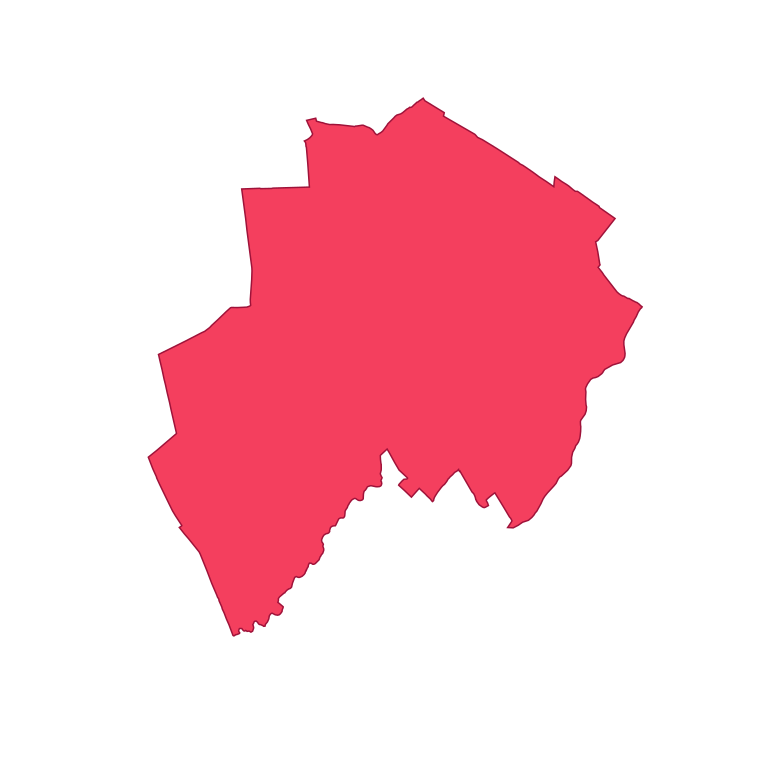 Ratesti, Arges, Romania, rotated 107°
{"feature_id": "2599482B71103807333255", "entity_name": "Ratesti", "entity_type": "district", "adm_level": 2, "iso_a3": "ROU", "parent_name": "Romania", "parent_adm1": "Arges", "projection": "equal_earth", "projection_center": [25.172, 44.71], "detail": "fine", "context": "isolated", "style": "filled", "palette": "rose", "viewbox_px": 768, "rotation_deg": 107, "n_neighbors": 0, "source": "geoboundaries", "source_scale": "gbopen_adm2", "svg_char_len": 6146}
<svg xmlns="http://www.w3.org/2000/svg" viewBox="0 0 768 768"><g transform="rotate(107 384 384)"><path d="M421.7,608.3L422.8,607.6L426.7,605.4L435.2,600.4L443.7,595.7L448.7,592.7L455.5,588.9L464.5,583.6L470.5,580.3L491.9,568.0L492.4,568.2L513.8,581.8L522.9,588.0L532.8,580.2L539.7,574.1L540.1,574.1L545.6,569.2L560.6,555.3L567.1,549.2L570.9,545.0L578.4,536.0L578.8,536.0L579.5,536.5L581.0,537.8L585.8,530.9L589.0,525.8L598.6,511.7L600.4,510.0L614.5,498.6L625.2,490.3L635.0,482.0L636.4,481.0L637.9,479.2L639.6,478.3L644.7,473.9L646.4,472.9L649.6,470.0L654.9,465.9L659.5,461.9L668.1,455.3L668.6,454.9L668.8,454.0L668.7,453.8L668.0,453.1L667.7,453.0L666.9,452.3L666.8,451.7L666.6,451.4L666.1,450.9L665.6,450.1L664.8,449.3L664.5,449.2L663.8,449.4L663.3,450.4L662.7,450.8L660.7,450.9L660.0,450.5L659.7,449.7L659.7,449.2L659.4,448.5L660.7,446.8L661.1,445.7L660.8,444.7L660.2,444.4L660.1,443.9L660.6,442.6L660.4,442.2L659.9,441.2L659.8,440.4L660.2,438.7L658.8,437.4L655.7,437.3L655.1,437.4L653.5,438.3L652.5,439.1L651.5,438.8L649.5,438.7L648.5,438.0L648.1,436.8L648.9,435.2L650.0,433.9L650.4,432.9L650.2,431.3L650.6,428.8L650.9,428.3L650.4,427.0L648.5,427.1L645.6,425.9L642.4,425.5L639.3,425.9L637.2,425.3L636.2,424.5L635.9,423.8L636.5,420.6L636.2,418.2L635.4,416.8L634.4,416.1L632.8,415.4L631.4,415.0L629.7,415.3L627.4,415.1L626.5,415.3L624.2,420.6L623.9,421.6L621.7,421.7L620.4,422.2L619.9,422.2L618.2,421.7L614.0,419.0L613.3,418.6L612.7,417.8L611.5,417.5L609.5,416.5L607.7,415.1L607.4,414.4L606.5,413.6L605.2,413.0L601.2,413.3L595.1,412.9L593.8,411.7L594.0,409.7L593.8,408.6L593.0,407.4L591.7,406.0L589.5,404.7L588.0,404.2L586.5,404.2L584.9,404.0L585.0,403.8L582.6,403.6L580.9,403.1L579.1,403.4L577.1,403.0L576.7,401.3L577.2,399.4L576.9,398.4L575.8,397.2L571.1,394.7L568.2,394.6L567.2,394.2L565.8,394.0L563.8,393.1L560.8,393.0L559.3,393.4L556.9,395.1L555.1,395.1L554.2,395.9L553.2,397.2L551.7,398.0L550.6,398.1L548.2,397.9L546.1,397.3L544.5,396.0L544.0,395.4L543.6,394.6L543.1,393.9L542.4,393.3L541.0,392.8L540.0,393.2L537.0,393.2L536.2,392.8L535.1,391.9L534.3,390.5L533.8,389.1L533.2,388.9L526.4,387.9L525.9,387.6L524.7,386.3L524.1,384.0L523.7,383.5L523.0,383.2L522.2,383.0L521.6,383.0L518.6,383.6L517.3,384.0L515.5,383.8L513.1,383.0L510.5,382.9L509.6,382.5L508.0,382.3L505.0,381.2L504.0,380.7L502.5,379.3L501.9,378.4L501.9,377.4L502.6,375.1L502.7,374.2L502.6,373.4L502.3,372.4L501.4,371.1L500.9,370.7L499.9,370.3L495.2,371.5L492.8,371.7L491.8,371.4L490.9,370.8L490.2,370.6L489.2,370.2L487.7,370.0L487.0,369.7L485.3,367.3L485.0,366.3L484.6,361.8L484.3,360.5L483.4,358.3L482.4,357.3L481.5,357.0L480.0,357.0L478.3,357.8L477.9,358.4L476.9,358.7L474.2,358.4L472.6,360.0L471.0,361.3L467.2,361.5L465.3,362.0L461.6,363.2L460.9,363.7L457.2,365.3L453.6,366.6L452.9,366.4L445.3,362.0L448.3,358.7L456.0,350.8L461.9,344.4L466.9,334.1L467.4,333.9L468.2,334.4L469.3,337.1L471.7,338.5L475.6,340.3L476.5,340.4L479.9,333.2L484.2,324.7L473.5,319.8L477.3,312.0L478.4,310.2L480.5,305.9L481.6,304.5L482.3,303.3L482.1,303.1L480.9,302.5L479.4,302.7L477.7,302.6L476.3,302.3L471.9,301.1L465.9,298.9L463.8,297.9L462.3,296.8L458.8,295.5L456.1,294.9L454.9,294.2L453.6,293.7L450.7,291.9L448.1,290.7L446.9,289.8L446.3,289.0L444.0,287.7L444.4,287.5L445.2,286.7L445.6,285.9L445.2,285.8L461.5,268.3L462.7,266.1L464.3,264.6L465.8,263.5L467.9,262.3L468.2,261.6L468.9,261.3L468.8,261.5L471.6,257.8L472.7,254.5L473.0,253.1L472.9,252.0L472.2,251.0L469.7,248.6L467.4,250.2L465.8,251.9L464.9,252.3L462.8,251.1L460.9,249.9L456.3,246.7L455.7,246.1L462.5,238.4L467.4,232.9L474.4,225.2L475.4,223.6L477.3,221.7L478.2,221.7L485.1,223.8L483.8,218.4L479.8,214.3L475.7,211.1L472.1,206.0L468.4,203.6L465.5,202.3L463.1,201.7L461.0,200.7L452.5,198.9L447.7,198.3L444.6,197.5L440.3,195.8L432.0,191.8L428.7,190.4L423.7,189.6L421.4,188.7L420.2,187.5L412.8,183.2L407.4,181.4L405.1,181.5L399.2,183.2L394.0,183.6L389.8,182.7L386.8,182.6L385.1,181.8L382.6,181.1L379.1,180.9L376.5,181.2L371.8,182.1L367.1,183.4L365.7,184.1L362.5,185.2L361.0,185.2L354.1,182.9L350.5,182.8L346.7,183.6L345.1,184.6L339.8,186.7L332.6,188.6L329.8,189.9L328.2,190.0L324.4,189.4L319.2,187.7L317.2,185.9L315.9,183.5L314.2,181.4L310.5,178.8L308.9,178.1L308.0,178.0L305.5,177.2L299.0,171.0L294.3,164.0L291.6,162.4L290.1,162.0L287.9,161.7L286.4,161.9L284.3,162.4L276.3,166.1L272.8,167.2L269.6,167.3L265.0,166.7L252.1,163.6L249.9,163.5L245.8,162.5L240.8,161.9L237.1,160.8L235.7,159.9L234.7,159.7L234.0,161.6L233.1,163.2L232.1,166.0L232.1,167.4L231.8,168.6L231.6,170.2L230.5,174.9L231.0,175.6L229.8,180.5L230.1,181.3L229.7,183.4L229.0,185.6L227.8,188.2L215.6,205.5L213.5,208.0L209.8,213.4L206.9,212.2L206.5,212.6L195.1,218.2L186.1,223.2L184.3,221.5L158.2,211.4L152.3,229.5L151.2,230.3L148.9,238.1L144.0,252.6L143.2,255.3L143.8,257.4L142.9,260.0L140.7,265.0L139.9,267.5L138.4,273.2L136.8,277.9L135.8,281.1L141.1,280.3L145.7,279.3L142.9,288.0L140.6,296.0L137.9,303.6L134.3,315.1L133.9,317.6L133.6,318.8L132.9,320.0L125.8,345.1L121.6,361.3L120.8,366.6L119.1,369.3L118.6,370.3L110.5,405.4L106.9,405.7L101.2,427.7L99.2,430.1L101.9,432.1L102.7,432.9L104.4,434.0L104.8,434.8L109.0,437.3L110.4,438.0L111.2,438.6L111.7,439.4L111.9,440.4L113.2,441.2L114.4,442.5L119.1,445.5L120.9,447.1L123.0,450.3L124.8,451.6L126.8,452.5L134.0,456.4L135.7,456.8L142.5,459.2L144.3,460.4L146.7,462.6L147.4,463.0L147.6,463.5L147.6,464.5L146.8,466.0L145.0,468.2L144.5,468.9L143.6,471.4L143.1,473.5L143.2,474.3L142.6,479.6L143.0,480.8L145.2,485.3L145.7,486.7L146.5,487.5L146.6,488.7L149.1,502.1L150.5,507.8L151.8,512.0L152.2,516.7L152.1,517.5L152.1,519.3L152.3,520.5L152.4,525.4L149.8,527.0L154.5,535.1L157.8,532.3L161.6,528.7L165.7,525.4L167.1,525.5L168.1,525.9L170.2,526.9L172.7,528.8L174.9,531.2L175.5,530.4L175.8,529.8L177.0,529.1L179.9,527.9L180.1,527.5L196.1,521.1L217.5,512.9L229.2,547.6L229.8,548.5L233.3,559.2L233.1,559.8L239.1,577.1L266.4,564.6L277.3,559.9L311.6,544.3L314.5,543.3L323.0,541.0L342.2,536.6L345.2,535.6L347.7,534.5L348.3,534.8L349.0,535.5L350.6,537.7L353.8,546.6L355.4,552.2L356.0,553.1L360.8,556.0L371.8,562.1L378.1,565.8L381.1,567.3L386.1,570.9L388.4,573.5L401.0,586.4L421.7,608.3Z" fill="#f43f5e" stroke="#9f1239" stroke-width="1.5"/></g></svg>